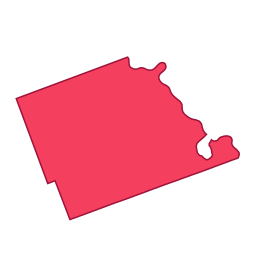 Atchison, Missouri, United States of America (Mercator projection), rotated 159°
{"feature_id": "52423323B76022746373485", "entity_name": "Atchison", "entity_type": "district", "adm_level": 2, "iso_a3": "USA", "parent_name": "United States of America", "parent_adm1": "Missouri", "projection": "mercator", "projection_center": [-95.613, 40.423], "detail": "fine", "context": "isolated", "style": "filled", "palette": "rose", "viewbox_px": 256, "rotation_deg": 159, "n_neighbors": 0, "source": "geoboundaries", "source_scale": "gbopen_adm2", "svg_char_len": 1596}
<svg xmlns="http://www.w3.org/2000/svg" viewBox="0 0 256 256"><g transform="rotate(159 128 128)"><path d="M103.0,194.3L221.8,195.5L222.8,104.9L215.0,104.9L215.0,63.3L212.1,63.3L211.6,63.3L210.1,63.2L209.7,63.2L208.9,63.2L172.6,62.8L165.6,62.7L160.5,62.5L147.3,62.3L130.2,62.1L112.4,61.9L112.0,61.8L109.9,61.8L103.0,61.6L96.9,61.5L85.2,61.3L75.4,61.0L60.9,60.9L42.2,60.7L36.1,60.5L35.2,61.3L33.6,63.5L33.2,65.4L34.2,68.5L36.3,72.4L36.7,73.6L36.8,74.9L36.8,76.0L36.4,77.0L35.2,79.3L35.0,80.8L35.1,81.9L35.7,83.0L37.0,84.3L38.8,85.3L41.5,86.0L45.1,86.2L47.1,85.5L48.9,84.5L49.8,84.4L52.4,84.8L53.8,86.2L54.2,87.1L57.8,84.3L58.5,82.3L57.8,80.7L58.0,77.3L58.6,75.0L58.8,72.4L61.0,70.8L63.7,70.0L65.9,70.0L67.9,72.5L69.0,75.3L71.0,76.7L71.7,78.6L72.1,80.2L71.0,86.3L69.1,88.9L67.1,89.9L59.5,92.7L58.3,93.4L57.0,93.9L58.2,96.5L58.6,98.8L58.5,101.7L58.2,103.6L58.0,105.0L58.1,106.2L58.7,108.1L59.1,108.9L61.9,111.4L64.2,112.8L65.9,114.2L67.9,116.5L70.2,120.4L71.0,123.4L70.8,125.9L70.2,127.6L69.4,130.0L69.2,131.2L69.9,134.2L73.0,139.5L74.8,143.3L75.3,146.9L75.2,148.3L75.2,150.4L75.7,151.9L77.0,154.0L78.7,155.7L80.1,157.5L80.8,159.0L81.2,160.1L81.5,162.5L81.3,163.5L80.7,165.2L79.2,166.6L78.0,167.3L73.5,168.9L71.6,170.1L70.7,171.4L70.4,172.9L70.3,174.2L70.5,175.0L71.5,176.2L72.3,176.7L74.3,177.1L75.3,177.0L77.2,176.3L81.3,174.3L83.0,173.8L84.4,173.6L85.4,173.7L87.1,174.3L89.1,175.4L91.8,178.2L92.7,178.8L94.5,179.7L98.8,179.9L100.7,180.6L101.8,181.3L103.5,183.2L104.1,184.2L104.3,185.4L104.1,187.4L102.6,191.7L102.6,193.0L103.0,194.3Z" fill="#f43f5e" stroke="#9f1239" stroke-width="1.5"/></g></svg>